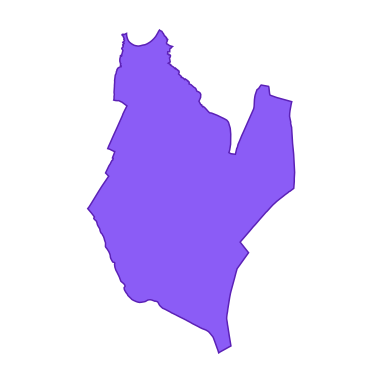 outline of Bang Bua Thong, Nonthaburi, Thailand, rotated 191°
{"feature_id": "78962969B62915491742663", "entity_name": "Bang Bua Thong", "entity_type": "district", "adm_level": 2, "iso_a3": "THA", "parent_name": "Thailand", "parent_adm1": "Nonthaburi", "projection": "equal_earth", "projection_center": [100.421, 13.932], "detail": "fine", "context": "isolated", "style": "filled", "palette": "violet", "viewbox_px": 384, "rotation_deg": 191, "n_neighbors": 0, "source": "geoboundaries", "source_scale": "gbopen_adm2", "svg_char_len": 5993}
<svg xmlns="http://www.w3.org/2000/svg" viewBox="0 0 384 384"><g transform="rotate(191 192 192)"><path d="M289.3,286.9L288.9,285.3L288.5,281.9L288.3,280.9L287.6,275.4L287.4,274.4L287.0,273.4L286.8,272.5L286.8,271.2L286.4,269.1L286.3,267.8L286.4,267.3L285.5,267.2L284.4,267.2L282.7,267.4L281.3,267.7L280.4,267.5L279.2,267.1L278.1,266.9L277.6,266.7L273.1,264.5L272.3,264.1L272.7,262.6L273.6,259.5L274.7,255.3L274.8,254.4L274.9,253.7L277.6,242.0L280.0,232.0L281.8,224.1L282.5,221.2L283.0,218.5L281.0,218.3L276.3,217.0L275.8,217.0L275.6,217.0L275.7,215.3L276.6,210.4L276.6,210.2L275.8,210.0L276.0,208.1L276.5,207.8L276.6,207.6L277.2,205.8L277.5,204.4L278.5,201.9L280.5,194.2L277.2,191.9L276.8,191.6L280.8,182.3L281.8,179.9L283.4,175.8L287.9,163.7L289.5,159.5L290.3,157.5L291.2,155.8L290.6,155.3L286.6,152.1L283.0,148.9L283.0,148.7L283.4,147.8L283.4,147.6L283.4,147.4L283.2,147.1L282.9,146.8L282.4,146.4L280.8,145.5L280.0,144.7L279.6,144.0L278.9,142.5L278.5,141.7L277.4,140.3L276.3,139.1L275.7,138.4L275.4,137.9L274.8,136.4L274.0,135.1L273.3,134.3L272.0,133.4L271.5,132.6L270.3,131.3L270.1,130.9L269.4,129.7L268.6,128.0L268.0,127.0L267.3,125.8L267.1,125.1L266.6,122.2L266.5,121.8L266.2,121.4L264.8,120.2L263.8,119.2L262.3,117.6L261.4,116.3L260.8,115.4L260.2,114.2L259.7,112.5L259.4,111.9L259.0,111.2L258.0,109.9L256.5,108.2L256.2,108.1L254.7,108.0L254.3,107.7L254.2,107.2L254.2,106.4L254.2,106.0L253.6,104.3L253.3,103.4L252.6,102.2L252.2,101.4L251.7,100.6L250.6,99.3L247.2,94.8L244.9,91.0L244.4,90.6L241.7,89.1L240.8,88.4L240.3,87.9L239.9,87.2L239.7,86.5L239.8,86.3L240.3,85.4L240.4,85.0L240.0,83.8L239.5,82.9L237.7,80.8L235.8,79.1L235.1,78.1L232.0,76.1L230.6,75.1L228.9,74.5L225.9,73.8L224.3,73.6L222.4,73.6L220.7,74.1L217.8,75.2L216.8,75.7L214.9,77.4L213.8,77.9L212.8,78.2L212.1,78.3L211.1,78.3L209.2,78.0L207.7,77.7L206.9,77.9L205.2,77.7L204.8,77.6L203.9,76.7L203.5,76.2L203.2,75.7L202.7,75.3L202.4,74.8L201.4,74.0L200.0,73.1L198.6,72.3L197.6,72.1L196.3,71.8L190.9,70.2L189.7,69.8L189.2,69.5L187.7,69.2L179.3,66.8L176.3,66.0L168.7,63.7L166.5,62.9L160.2,61.1L158.4,60.5L155.7,59.8L153.8,59.5L152.2,59.2L150.1,58.5L149.0,58.0L147.8,57.1L144.3,54.2L143.6,53.5L143.1,52.8L140.9,49.2L137.7,43.8L136.3,41.5L135.1,39.2L134.4,39.9L133.4,40.8L126.0,47.0L124.4,48.3L128.0,58.0L131.2,66.9L131.8,68.4L132.5,70.6L133.5,73.3L133.8,74.2L134.1,76.0L134.3,79.0L134.3,81.1L134.5,83.9L134.9,95.8L134.9,100.3L134.8,102.0L133.8,115.6L133.5,120.5L133.1,125.3L124.9,143.2L135.2,152.0L128.1,164.4L125.3,169.5L123.6,172.2L120.2,178.2L117.1,183.5L115.6,186.1L114.7,187.3L111.5,192.6L110.1,194.8L107.0,199.0L104.9,201.5L100.0,207.2L97.5,209.9L97.1,210.6L96.0,211.4L92.8,215.0L93.0,216.6L93.6,221.8L94.2,224.9L95.0,230.8L96.4,236.4L99.5,248.8L102.6,259.1L106.5,274.2L106.6,274.7L107.0,275.3L108.3,278.3L108.4,279.5L109.7,282.5L110.7,285.0L110.8,285.8L111.1,287.8L111.3,290.4L111.4,297.1L111.3,299.7L126.8,300.9L133.5,301.9L134.1,302.3L134.5,303.2L134.8,304.0L136.3,308.8L136.7,309.9L137.0,310.3L137.3,310.3L144.5,310.2L144.8,309.8L146.3,306.4L147.7,304.8L147.8,304.5L148.2,301.6L148.5,299.1L148.5,297.2L148.3,294.3L147.4,288.2L147.3,286.7L147.4,285.1L152.9,261.1L153.9,257.0L155.1,251.0L155.9,247.5L156.0,244.5L156.4,243.4L156.6,237.3L158.2,237.2L161.1,237.0L163.3,237.7L163.0,240.2L163.2,246.2L165.0,256.1L166.2,260.4L166.7,262.0L169.3,267.0L169.7,267.6L171.1,268.8L171.7,269.2L173.7,269.9L181.9,272.1L187.8,273.2L189.9,273.1L192.1,274.6L193.3,275.6L195.8,277.4L197.6,278.2L197.8,277.8L199.3,278.9L199.2,279.4L200.3,279.7L201.8,281.6L202.5,282.4L201.6,286.4L202.0,289.4L202.4,290.0L202.8,290.6L203.8,291.2L204.8,291.6L206.1,291.8L206.5,292.0L208.1,294.3L208.7,294.7L210.1,295.2L212.5,296.6L213.3,297.1L214.1,297.3L215.4,297.6L215.5,297.6L215.7,299.3L217.4,300.1L217.3,300.4L218.9,301.1L220.3,301.7L220.6,301.0L223.0,302.5L224.4,302.4L224.5,303.4L227.7,305.3L227.6,305.6L227.4,307.0L227.6,307.4L227.8,308.2L229.3,309.0L229.3,308.8L231.8,310.4L232.0,309.8L234.0,311.1L236.5,312.1L237.3,312.4L237.2,313.0L239.9,313.9L238.2,315.5L239.7,319.3L239.1,320.5L239.1,320.9L239.2,321.9L239.4,322.2L239.5,322.3L240.8,322.2L240.9,322.9L242.3,322.8L242.6,325.0L240.6,325.4L241.0,327.5L240.9,328.8L240.1,329.2L240.0,329.4L239.6,330.2L238.9,331.1L241.9,331.4L243.1,331.9L244.1,332.4L244.8,332.5L245.1,332.7L245.5,333.4L245.5,333.8L245.0,335.9L245.1,336.1L245.4,336.2L245.4,336.4L245.0,337.2L245.5,337.5L246.3,337.6L246.4,337.8L246.4,338.4L246.5,338.6L246.8,338.9L247.4,339.1L247.8,339.6L248.1,339.8L248.8,339.9L249.1,340.6L249.9,341.2L250.2,342.0L251.2,342.7L252.0,343.7L252.4,344.0L253.4,344.2L254.3,344.5L254.8,344.8L255.4,343.5L255.6,342.9L255.7,342.3L257.1,338.3L257.6,337.2L258.7,335.2L260.4,332.8L261.6,331.4L262.4,330.6L264.2,329.0L265.3,328.2L266.4,327.5L268.1,326.9L270.4,325.8L272.1,325.1L272.8,325.0L273.8,324.9L275.7,324.9L276.8,325.0L278.1,325.4L280.0,326.1L281.9,327.1L283.0,328.0L284.2,329.5L285.1,331.1L285.8,332.6L286.3,334.2L286.5,335.2L287.1,334.8L288.1,333.9L290.2,333.6L290.6,333.3L290.7,333.1L290.7,332.9L290.3,332.4L289.9,332.1L289.2,331.9L288.7,330.7L288.4,330.3L288.0,330.1L287.9,329.9L287.9,329.6L288.1,329.0L288.0,328.7L287.9,328.5L287.3,328.2L287.2,327.9L287.2,327.7L287.3,327.3L288.3,326.0L288.5,325.7L288.4,325.6L287.2,325.3L287.1,325.2L287.0,324.8L287.1,324.6L287.6,324.3L287.8,324.0L288.0,323.4L288.1,323.1L288.0,322.9L287.5,322.8L287.4,322.6L287.3,322.2L287.5,321.5L287.4,321.2L287.9,320.7L288.2,320.0L288.3,319.6L288.3,319.3L288.1,319.1L286.9,317.9L286.8,317.5L287.0,316.2L287.0,315.2L287.2,313.5L287.2,313.2L287.0,312.5L287.0,312.2L287.1,311.9L287.3,311.8L287.5,311.9L288.0,312.4L288.2,312.2L288.3,312.0L288.1,311.4L288.1,310.8L288.2,308.9L287.8,306.6L287.3,305.7L287.1,304.9L286.5,304.6L286.4,304.5L286.5,303.3L286.5,302.7L286.4,302.6L285.7,302.4L285.5,301.6L285.9,301.6L286.2,301.2L287.2,300.6L287.6,300.1L288.5,299.3L288.6,299.1L288.7,298.4L289.0,297.9L288.9,297.0L289.2,295.9L289.1,293.9L289.6,292.2L289.6,291.9L289.3,287.5L289.3,286.9Z" fill="#8b5cf6" stroke="#5b21b6" stroke-width="1.5"/></g></svg>